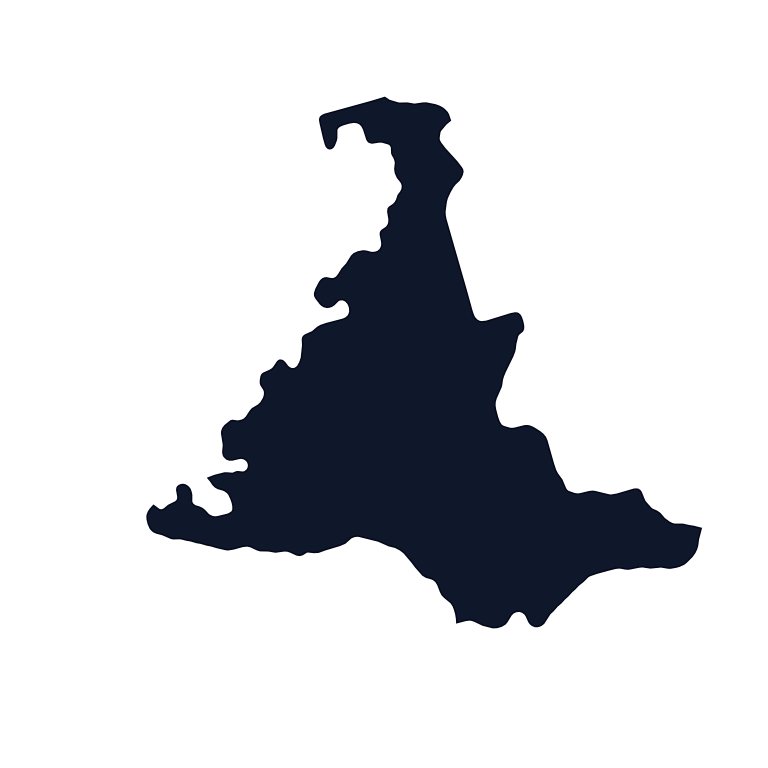 Tamayo, Bahoruco, Dominican Republic, rotated 164°
{"feature_id": "3306468B80057745223349", "entity_name": "Tamayo", "entity_type": "district", "adm_level": 2, "iso_a3": "DOM", "parent_name": "Dominican Republic", "parent_adm1": "Bahoruco", "projection": "natural_earth1", "projection_center": [-71.147, 18.477], "detail": "fine", "context": "isolated", "style": "filled", "palette": "ink", "viewbox_px": 768, "rotation_deg": 164, "n_neighbors": 0, "source": "geoboundaries", "source_scale": "gbopen_adm2", "svg_char_len": 6171}
<svg xmlns="http://www.w3.org/2000/svg" viewBox="0 0 768 768"><g transform="rotate(164 384 384)"><path d="M379.8,134.5L370.5,134.3L367.3,133.8L365.2,133.1L362.4,131.2L355.4,125.0L346.5,119.8L342.2,118.8L337.8,118.9L333.6,120.0L331.1,121.8L325.7,126.8L322.9,128.4L319.8,128.9L316.6,128.4L313.9,126.7L312.0,124.2L311.2,122.1L310.2,115.3L309.4,113.2L308.3,111.5L305.9,109.4L303.8,108.7L301.7,108.5L299.6,108.7L296.5,109.9L287.8,117.5L284.0,119.4L278.9,122.7L274.1,124.9L269.8,127.6L266.0,129.4L260.8,132.6L257.0,134.4L252.7,137.0L246.9,139.4L241.3,142.5L239.2,143.1L232.0,143.5L220.8,143.4L212.1,143.1L209.8,142.7L207.5,142.1L203.0,139.8L199.9,138.7L189.5,137.8L186.1,137.2L178.5,133.8L168.1,131.9L161.6,128.8L159.4,128.1L153.6,127.5L150.1,127.5L145.4,128.2L142.5,129.4L135.3,133.4L131.7,136.3L129.3,139.0L127.3,142.0L124.6,148.2L118.9,157.8L125.4,161.6L130.1,163.8L135.4,166.7L143.6,169.1L145.5,170.3L148.1,172.7L151.7,177.5L154.0,182.6L155.1,184.4L157.1,186.7L160.8,189.7L161.9,191.4L165.5,199.0L165.9,201.3L166.7,209.1L167.4,211.1L168.8,212.7L170.7,213.5L172.8,213.9L190.7,213.8L196.6,214.5L198.6,215.4L211.1,222.5L213.1,223.3L216.5,223.9L225.9,224.3L228.2,224.7L231.1,226.0L236.6,229.9L237.8,231.6L238.4,233.6L239.5,242.7L242.1,249.9L242.9,253.7L243.2,260.3L243.1,284.4L243.6,288.3L245.1,291.8L247.2,294.9L250.5,298.7L253.1,301.4L256.0,303.6L258.1,304.5L260.4,305.0L270.9,305.4L273.2,305.8L275.3,306.6L280.2,309.7L281.7,310.9L282.9,312.6L283.8,316.0L284.1,321.0L283.9,328.9L283.4,332.7L282.2,336.3L280.2,339.5L272.3,349.0L271.1,351.1L269.3,355.3L267.3,358.5L264.2,362.4L252.6,375.3L249.7,379.2L248.5,381.3L246.3,386.5L242.3,393.5L240.9,394.7L236.2,396.8L234.9,398.4L234.1,400.5L233.7,402.8L233.5,406.5L233.7,410.2L234.2,412.5L235.4,414.5L236.3,415.3L238.3,416.1L242.7,416.5L268.4,416.0L273.1,416.8L275.1,417.8L277.3,420.0L278.8,423.2L279.2,425.8L279.4,429.8L279.2,452.0L279.2,525.5L278.8,529.5L277.9,533.2L273.9,542.3L272.0,545.4L267.9,550.2L263.5,554.5L260.6,556.6L255.9,559.0L253.3,561.2L251.1,563.7L249.6,566.6L249.5,568.8L250.0,570.6L252.7,577.5L260.5,593.3L263.2,600.2L263.8,603.1L263.5,605.0L262.8,606.8L261.2,610.3L260.0,612.0L252.7,616.9L247.6,619.1L247.9,625.4L248.5,627.8L250.2,631.0L251.6,633.0L254.1,635.5L257.8,638.2L266.0,642.4L269.1,643.2L277.7,644.4L284.1,647.5L292.3,649.7L300.8,655.1L304.2,659.2L318.4,659.0L366.8,659.5L369.2,659.1L371.3,658.2L372.1,657.4L373.0,655.7L373.4,652.1L374.2,636.9L374.2,630.3L373.9,628.0L372.7,625.9L371.8,625.3L369.9,624.9L367.9,625.6L366.1,627.1L363.1,631.0L361.8,633.3L359.4,641.4L358.8,642.3L357.0,643.6L354.9,644.2L351.4,644.6L345.3,644.6L340.5,644.0L337.2,642.4L335.4,640.6L334.1,638.2L333.3,634.3L333.0,623.7L332.3,621.5L331.6,620.5L329.2,619.0L322.1,618.1L319.1,617.2L313.5,613.7L312.2,612.3L311.8,611.4L311.5,609.4L312.9,603.5L312.7,601.7L311.8,598.1L311.7,594.8L312.2,592.7L314.2,587.9L314.6,585.6L314.8,583.3L314.1,578.6L312.1,573.9L311.6,571.8L311.6,569.6L312.7,566.6L314.6,564.3L318.3,561.5L321.0,557.5L323.1,555.4L325.7,553.9L330.1,552.5L331.6,551.4L332.8,548.6L333.7,540.8L334.8,537.7L336.0,536.0L337.5,534.6L339.2,533.7L343.6,532.3L345.1,531.2L345.7,530.4L346.3,528.5L347.0,520.7L347.6,518.5L348.6,516.5L350.8,514.2L353.7,513.0L356.9,513.0L360.0,513.8L364.3,516.4L367.2,517.6L372.6,518.1L376.9,517.5L379.9,515.9L386.8,509.7L392.4,506.3L397.5,501.7L400.2,499.8L402.2,499.2L404.2,499.2L406.0,499.8L410.1,501.9L412.0,502.2L414.1,501.9L416.0,501.0L417.8,499.7L423.3,493.9L425.7,490.2L426.2,488.0L426.1,487.0L425.7,485.1L423.0,478.3L421.8,476.5L420.3,474.9L417.5,473.4L415.4,473.1L413.2,473.1L410.2,474.0L405.2,476.8L403.2,477.2L400.2,476.4L397.9,474.4L396.4,471.3L396.0,468.9L396.0,466.5L396.8,463.0L398.0,461.1L399.4,459.5L402.3,458.0L405.6,457.5L423.0,457.9L428.8,457.6L432.1,456.8L438.4,453.9L445.6,452.9L447.4,452.4L449.0,451.3L450.0,449.6L451.5,443.4L456.1,432.0L458.8,428.0L462.1,424.7L465.1,423.5L467.2,423.6L469.1,424.4L470.6,425.8L471.8,427.5L473.6,432.2L474.6,433.8L475.9,435.0L477.6,435.6L478.6,435.5L480.3,434.7L485.1,430.6L487.0,429.4L490.1,428.5L497.1,427.5L498.8,426.6L500.1,425.0L501.7,421.6L502.5,418.9L502.5,417.0L500.9,411.6L500.9,409.4L501.5,407.1L502.6,405.0L504.0,403.2L507.4,400.0L510.4,398.4L517.5,396.5L520.3,394.6L525.5,390.1L528.5,388.6L530.6,388.3L533.7,388.4L535.7,388.9L539.7,390.7L541.4,390.8L548.3,387.9L550.8,386.1L552.8,383.5L553.6,381.4L555.1,369.5L557.4,363.7L557.9,361.6L557.9,359.3L557.6,358.2L556.0,355.4L553.6,353.6L550.5,352.8L544.1,352.5L542.0,352.2L540.1,351.4L538.5,350.1L537.2,348.4L536.4,346.2L536.4,343.8L536.7,342.6L537.7,340.7L539.1,339.2L541.9,338.0L543.9,338.0L548.8,340.0L550.3,340.2L554.1,339.7L560.0,341.9L562.0,342.4L572.1,342.7L579.1,342.1L577.5,338.6L576.1,334.3L574.5,331.5L572.3,329.3L568.1,326.7L566.5,325.4L564.5,322.9L563.5,320.7L562.7,315.7L562.5,311.8L562.8,308.1L563.8,304.7L565.3,303.0L568.5,302.0L570.7,301.8L580.5,302.2L582.9,302.6L585.1,303.5L587.6,305.5L588.9,307.1L591.3,311.9L593.1,314.4L595.3,316.4L599.3,319.0L600.9,321.2L601.4,323.0L601.4,324.0L599.5,330.5L599.3,333.9L599.5,336.3L600.3,338.5L601.5,340.3L603.0,341.8L604.9,342.8L606.9,343.1L608.9,342.9L610.7,342.1L611.4,341.4L612.4,339.3L613.1,332.7L613.7,330.7L615.0,329.0L616.9,328.1L624.6,326.7L629.8,324.4L632.5,324.1L634.2,324.8L634.9,325.4L639.0,330.8L643.0,328.3L645.5,326.2L647.5,323.6L648.4,321.5L648.9,319.1L649.1,314.3L648.4,309.5L647.4,307.4L646.2,305.6L643.9,303.6L638.4,300.3L631.2,294.4L629.3,293.4L623.1,291.8L621.2,291.0L616.8,288.4L613.0,286.6L607.8,283.3L604.0,281.5L598.8,278.2L595.0,276.3L589.8,273.0L581.7,268.5L579.7,267.7L574.0,267.0L564.6,266.9L560.1,266.1L557.1,264.5L551.9,259.9L549.1,258.0L541.0,255.5L534.6,252.4L526.1,251.2L523.0,250.2L520.2,248.3L515.0,243.8L512.2,242.5L509.3,242.5L504.5,243.9L502.9,243.5L497.8,241.4L493.3,240.4L486.2,240.9L471.0,241.1L465.4,241.8L458.1,245.3L454.9,245.7L451.7,245.3L449.8,244.5L432.8,234.7L423.8,227.2L418.2,224.0L414.0,220.0L411.2,216.1L406.1,204.8L404.1,199.5L399.4,189.6L396.6,186.6L392.3,184.0L390.7,182.7L389.4,181.1L388.4,179.3L387.5,175.9L386.9,168.7L386.2,165.2L384.5,162.1L379.8,155.2L378.7,151.8L378.3,148.2L378.3,143.2L378.9,138.2L379.8,134.5Z" fill="#0f172a" stroke="#020617" stroke-width="1.5"/></g></svg>